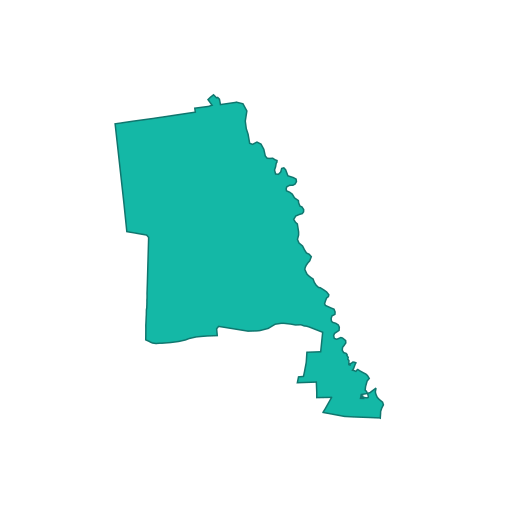 outline of Vedea, Teleorman, Romania, rotated 209°
{"feature_id": "2599482B60509272705343", "entity_name": "Vedea", "entity_type": "district", "adm_level": 2, "iso_a3": "ROU", "parent_name": "Romania", "parent_adm1": "Teleorman", "projection": "mercator", "projection_center": [25.062, 44.098], "detail": "fine", "context": "isolated", "style": "filled", "palette": "teal", "viewbox_px": 512, "rotation_deg": 209, "n_neighbors": 0, "source": "geoboundaries", "source_scale": "gbopen_adm2", "svg_char_len": 3797}
<svg xmlns="http://www.w3.org/2000/svg" viewBox="0 0 512 512"><g transform="rotate(209 256 256)"><path d="M300.9,131.0L299.7,131.9L298.9,132.4L298.2,132.9L297.5,133.3L296.2,134.0L295.0,134.8L288.9,138.8L282.8,143.3L281.9,144.0L277.0,148.4L275.5,150.2L274.5,151.4L272.7,153.0L269.0,156.3L264.0,159.7L259.6,162.6L251.3,167.6L254.5,172.3L255.2,173.4L254.9,174.4L254.6,176.3L249.4,178.2L226.6,186.4L219.0,190.9L216.5,192.6L210.2,198.6L208.1,202.3L206.1,205.7L201.4,209.3L199.1,210.6L192.4,213.4L188.1,214.8L183.3,217.7L179.9,218.2L177.9,219.1L175.1,219.7L161.6,221.5L160.7,221.6L153.0,203.6L164.8,196.5L160.8,188.0L160.3,186.8L157.4,178.0L156.1,173.7L160.2,170.9L158.4,165.2L142.1,175.0L136.7,166.1L134.2,161.6L121.4,169.0L121.3,168.9L121.4,155.7L121.6,152.2L121.5,151.7L100.8,158.6L93.0,162.4L78.0,170.0L71.8,173.1L69.5,174.3L68.7,174.4L69.3,175.7L70.6,178.5L71.6,180.4L72.3,184.1L72.4,187.6L74.4,189.5L78.8,190.3L81.5,191.2L83.6,192.8L85.0,194.1L85.8,195.2L86.8,198.1L87.2,198.2L89.6,192.9L89.9,191.9L92.0,189.8L91.0,189.1L90.0,188.0L89.4,187.1L89.3,186.7L89.5,186.3L90.2,185.8L90.8,185.4L92.0,185.0L93.5,184.6L94.1,184.2L94.8,185.3L96.0,184.9L95.2,182.6L93.0,183.8L92.8,183.6L95.6,182.1L96.8,185.9L92.5,189.3L92.1,189.7L92.2,190.0L93.8,191.2L95.5,191.6L96.9,195.0L98.2,200.5L97.6,203.8L100.6,205.5L102.7,206.0L105.7,205.9L108.0,205.9L109.9,205.9L112.0,206.1L112.4,205.3L112.7,203.5L114.9,203.3L116.2,202.9L116.1,205.0L116.4,206.9L116.8,209.4L116.8,211.0L118.1,210.9L119.8,210.3L120.6,208.4L121.4,207.5L120.9,206.2L122.2,206.0L124.0,209.6L125.7,210.3L126.2,212.0L128.5,213.3L128.6,214.0L130.1,214.5L132.5,214.0L134.9,215.4L136.0,218.1L135.6,220.4L135.3,223.5L136.6,225.5L140.6,226.2L142.3,225.8L145.0,222.3L147.6,221.9L149.5,224.0L149.8,226.3L148.7,228.5L147.3,231.2L148.6,234.1L150.6,235.6L153.6,235.8L156.9,235.1L158.5,235.7L160.0,237.8L160.5,240.5L159.4,242.1L158.7,243.3L159.7,245.4L162.0,247.3L165.3,246.9L171.4,246.4L172.9,247.6L173.5,250.6L173.9,253.5L173.0,255.6L173.5,257.4L176.8,258.8L180.2,259.2L184.5,259.4L186.0,258.8L189.2,259.6L190.7,260.4L192.2,261.2L195.0,263.6L197.1,263.7L200.2,264.2L202.5,264.8L203.5,265.5L204.5,266.2L206.9,268.0L207.4,269.9L207.5,271.0L207.6,272.1L207.3,275.1L207.0,276.4L206.7,277.7L206.7,278.2L206.9,279.3L207.3,282.2L210.3,283.3L211.8,283.2L213.3,283.1L216.6,284.9L220.1,287.3L224.7,288.2L227.8,290.6L228.9,295.0L230.4,297.7L235.4,304.1L237.8,304.6L240.8,306.3L240.6,310.3L238.2,313.4L236.1,315.5L235.8,317.7L236.8,319.7L239.6,321.2L241.8,321.0L244.4,323.1L245.8,325.0L250.5,325.5L254.3,327.7L257.5,328.1L260.9,327.8L262.2,329.3L262.6,331.5L260.9,334.1L258.0,335.8L256.7,337.9L256.7,340.7L258.2,342.7L261.3,342.7L267.0,341.6L271.9,345.8L274.4,346.6L276.0,345.0L275.1,341.5L276.0,338.3L278.6,337.2L281.5,340.2L282.1,343.5L283.3,346.9L283.2,348.2L283.9,349.7L285.9,349.4L288.8,349.6L291.1,348.1L293.6,346.9L296.4,348.0L300.9,353.1L305.9,356.3L310.4,356.1L313.1,352.0L316.2,351.5L321.9,358.6L326.2,362.6L330.8,368.8L334.3,378.4L341.2,382.8L347.9,381.0L348.1,380.6L360.5,371.2L364.0,375.4L366.4,376.1L367.2,375.2L371.3,376.4L372.8,372.9L373.8,369.5L367.5,366.6L368.2,365.9L369.8,364.0L381.2,355.6L378.8,352.4L389.5,344.2L414.3,325.2L428.9,314.3L443.3,303.3L397.8,239.1L384.0,219.3L380.8,214.7L361.8,221.3L358.9,220.2L337.4,178.7L333.4,170.9L333.2,170.5L332.1,168.6L330.9,166.4L330.1,164.7L329.5,163.6L328.8,162.4L328.6,161.9L328.3,161.4L328.0,160.9L327.7,160.2L327.2,159.3L326.8,158.4L326.4,157.8L326.1,156.7L325.9,156.1L325.6,155.5L325.4,155.1L325.1,154.6L324.5,153.4L324.0,152.5L323.3,151.2L322.6,149.7L321.0,146.5L320.0,144.5L319.4,143.3L318.9,142.2L317.2,139.2L314.2,133.7L313.5,132.4L311.8,129.2L310.5,129.3L308.3,129.5L307.5,129.5L306.9,129.5L306.4,129.5L305.5,129.6L304.4,129.7L300.9,131.0Z" fill="#14b8a6" stroke="#0f766e" stroke-width="1.5"/></g></svg>